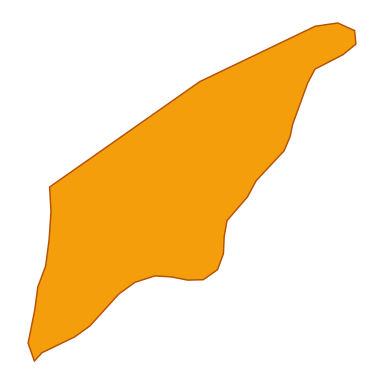 Brunei and Muara, Natural Earth projection
{"feature_id": "BRN-1182", "entity_name": "Brunei and Muara", "entity_type": "District", "adm_level": 1, "iso_a3": "BRN", "parent_name": "Brunei", "parent_adm1": "", "projection": "natural_earth1", "projection_center": [114.909, 4.894], "detail": "fine", "context": "isolated", "style": "filled", "palette": "amber", "viewbox_px": 384, "rotation_deg": 0, "n_neighbors": 0, "source": "natural_earth", "source_scale": "10m", "svg_char_len": 544}
<svg xmlns="http://www.w3.org/2000/svg" viewBox="0 0 384 384"><path d="M247.4,197.0L227.0,220.6L224.2,236.5L223.4,253.8L217.6,269.6L203.4,279.7L187.7,280.1L171.3,276.9L154.9,275.9L134.9,282.3L118.8,294.0L90.0,325.8L74.8,336.8L42.0,352.7L34.4,361.0L34.2,360.6L28.1,343.1L34.8,309.8L37.8,287.0L45.6,266.2L49.1,239.7L51.0,211.4L49.6,187.0L199.8,81.6L315.3,26.2L337.7,23.0L354.6,30.6L355.9,44.1L342.9,54.7L315.0,69.1L307.6,83.1L292.7,124.2L290.1,136.6L284.1,150.8L256.3,180.5L247.4,197.0Z" fill="#f59e0b" stroke="#b45309" stroke-width="1.5"/></svg>